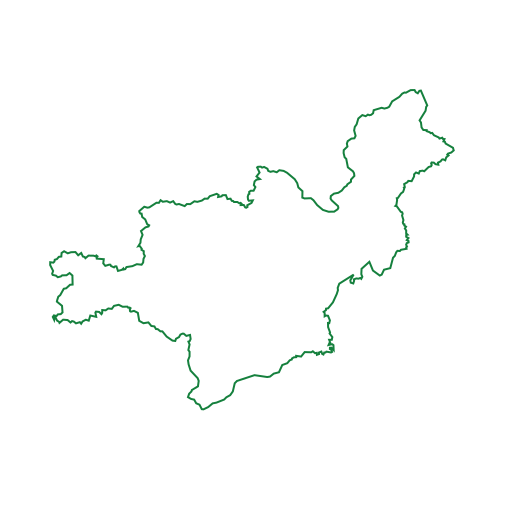 the district of Guiratinga, Mato Grosso, Brazil, rotated 353°
{"feature_id": "56859067B65545118773628", "entity_name": "Guiratinga", "entity_type": "district", "adm_level": 2, "iso_a3": "BRA", "parent_name": "Brazil", "parent_adm1": "Mato Grosso", "projection": "mercator", "projection_center": [-53.603, -16.377], "detail": "fine", "context": "isolated", "style": "outline", "palette": "green", "viewbox_px": 512, "rotation_deg": 353, "n_neighbors": 0, "source": "geoboundaries", "source_scale": "gbopen_adm2", "svg_char_len": 6092}
<svg xmlns="http://www.w3.org/2000/svg" viewBox="0 0 512 512"><g transform="rotate(353 256 256)"><path d="M318.7,353.0L319.3,351.9L318.4,348.1L321.0,348.4L321.9,345.8L319.6,341.9L320.2,340.9L318.9,335.4L319.3,331.3L320.5,331.6L321.5,328.9L320.2,324.1L318.2,323.6L316.8,324.2L317.2,320.9L316.3,319.7L318.8,318.3L319.1,316.8L321.2,316.7L326.7,311.4L331.5,303.6L333.2,299.9L333.2,297.6L335.3,293.6L350.6,286.4L346.6,291.7L346.8,294.0L349.2,295.1L350.4,292.5L350.3,291.1L352.8,290.5L355.0,291.0L356.9,290.5L357.7,291.5L359.0,289.6L358.3,286.9L359.2,281.6L367.8,275.6L370.3,284.7L376.5,290.5L378.5,289.8L381.4,285.2L387.8,284.4L391.8,274.4L393.8,272.8L395.6,269.4L397.0,268.1L399.4,268.6L400.6,267.5L406.3,267.2L406.1,265.7L407.0,265.1L406.4,263.1L407.2,261.6L409.1,261.1L409.2,259.7L407.6,258.6L409.5,256.8L407.4,255.2L407.7,253.4L409.0,253.3L407.8,251.8L408.2,249.0L407.1,246.8L408.5,245.2L406.9,243.8L407.2,242.7L406.0,241.9L405.8,240.6L406.7,238.3L405.9,233.6L406.7,232.0L406.4,230.4L405.1,229.8L401.8,223.8L400.5,223.3L401.6,222.3L402.9,217.6L402.8,215.8L403.9,215.7L407.5,211.6L409.8,210.3L411.4,207.1L411.1,206.2L412.1,205.7L411.8,202.7L415.3,201.2L416.3,200.0L419.6,200.7L422.6,196.3L422.9,194.2L425.0,192.6L427.6,194.0L428.9,191.7L431.8,191.6L433.3,192.4L438.2,188.7L440.7,188.3L441.5,187.1L441.1,185.4L441.7,184.6L443.9,185.0L445.3,186.7L448.1,187.6L448.0,185.5L450.7,184.6L452.3,183.0L453.4,182.8L455.5,184.1L456.8,181.3L459.3,179.7L458.2,178.7L459.0,177.8L462.4,177.1L465.1,175.3L464.7,172.6L457.9,167.5L457.4,165.6L456.0,165.1L457.3,162.9L455.7,162.5L455.3,161.3L452.4,161.8L451.8,160.6L447.3,157.8L445.9,155.3L444.3,155.4L443.5,154.3L440.6,152.9L440.8,151.9L437.4,151.3L436.0,148.6L436.0,143.6L434.9,141.3L442.0,132.5L443.1,128.7L444.3,127.4L439.8,111.9L438.3,112.0L436.4,114.2L434.5,112.8L433.6,110.6L429.7,110.2L424.7,112.2L423.3,111.8L420.9,112.7L417.7,115.5L410.0,119.1L406.4,124.1L404.5,124.9L401.4,125.3L398.8,124.2L390.6,125.6L389.6,128.6L387.5,129.9L385.7,130.1L384.3,129.3L381.9,130.6L378.7,129.1L374.3,132.0L371.9,137.6L369.8,139.9L368.7,143.3L369.5,148.9L368.0,151.2L365.0,151.1L361.0,153.2L359.9,155.5L360.1,158.5L356.0,161.6L355.5,164.5L356.0,168.8L357.4,170.6L358.0,179.2L362.6,183.8L363.4,185.8L363.4,188.5L359.6,191.7L359.3,193.9L355.4,196.0L354.6,197.4L352.1,198.5L349.1,201.5L345.4,203.3L341.0,203.6L337.6,205.6L337.0,208.1L337.9,210.0L343.5,216.5L343.6,218.3L342.7,219.6L339.0,221.5L333.4,220.9L328.0,218.4L322.9,212.9L319.8,207.6L317.5,205.3L311.2,204.8L309.1,203.7L310.0,197.3L306.4,193.1L305.8,188.7L303.8,184.5L297.0,177.2L293.8,174.9L289.6,173.7L286.8,175.4L283.5,173.9L280.6,174.2L278.5,173.0L278.0,170.8L274.9,168.6L272.8,169.0L271.6,167.9L268.8,167.7L267.9,168.2L269.7,173.6L266.2,177.1L269.2,180.1L265.8,180.3L263.7,181.8L262.5,185.4L263.8,187.5L261.6,190.9L258.7,190.6L257.0,191.6L257.0,193.5L256.0,193.9L255.0,196.2L255.0,199.0L255.6,200.3L259.6,200.4L258.0,202.8L253.5,204.6L253.5,206.3L252.1,206.9L251.2,206.4L250.1,203.9L247.3,203.6L248.1,202.5L247.2,201.4L246.1,201.8L244.0,200.1L240.7,199.7L240.1,198.7L238.7,198.3L237.7,196.0L234.6,196.0L233.5,191.9L230.1,191.6L229.1,192.6L225.6,192.8L226.3,190.9L224.6,189.5L217.4,191.0L215.1,193.2L212.0,192.8L209.0,194.4L204.4,195.1L201.5,194.2L197.1,196.5L193.7,196.0L191.3,197.8L185.9,195.0L183.4,195.2L182.2,194.5L180.5,191.5L177.2,192.5L174.2,190.7L170.1,190.8L168.1,189.0L166.1,191.4L163.7,191.0L156.1,194.7L154.1,194.8L151.1,193.5L145.6,197.2L145.7,198.5L146.4,199.8L147.6,200.0L147.8,203.4L150.5,206.2L151.9,211.2L153.7,212.5L152.9,213.6L149.8,214.1L144.9,217.2L146.0,221.2L143.6,225.5L142.9,228.8L140.4,231.9L141.7,231.7L143.5,234.9L143.1,235.9L145.2,237.5L144.8,240.1L145.7,242.5L144.0,245.1L143.2,248.7L141.4,250.7L136.7,249.6L132.1,251.0L126.1,251.2L124.6,253.1L122.8,253.3L122.7,252.3L121.1,253.4L117.2,254.0L116.2,249.3L114.9,249.1L113.7,250.0L110.9,248.3L110.4,246.9L109.2,246.7L105.2,247.4L103.5,244.7L104.5,240.6L97.6,239.2L97.6,238.0L98.6,237.0L97.6,236.0L96.8,236.8L94.8,235.9L89.8,235.2L86.4,237.4L85.8,236.1L84.1,235.4L82.9,231.7L79.6,233.6L77.3,230.1L72.9,229.7L69.5,230.4L66.1,227.9L63.4,229.3L62.7,232.8L60.2,232.8L58.0,234.8L55.8,235.2L55.2,237.0L54.0,237.9L51.0,237.1L50.6,239.9L52.8,246.1L51.5,248.8L51.9,250.0L55.0,251.1L56.7,252.9L59.8,252.5L61.2,251.6L65.6,252.0L68.9,250.2L71.4,253.0L70.5,262.0L67.9,261.9L63.7,264.9L61.2,265.1L56.9,271.0L54.8,272.3L53.2,275.8L52.8,277.0L57.4,281.8L57.1,288.4L55.1,289.9L52.2,289.8L50.7,291.3L48.2,290.3L46.9,291.7L47.9,294.8L48.7,292.2L49.6,292.9L50.7,295.9L52.6,297.4L52.8,298.4L56.8,295.7L61.2,296.6L63.8,299.4L65.5,298.2L67.2,298.9L69.1,300.9L73.1,300.2L74.2,301.9L75.9,299.8L79.3,298.5L82.1,299.8L84.3,294.9L90.0,296.9L89.7,292.6L90.4,291.7L93.5,292.4L95.5,294.9L96.4,293.8L96.8,290.9L100.1,291.6L103.0,290.1L106.4,290.9L109.0,288.2L113.8,287.7L117.4,290.1L122.2,290.6L122.9,291.8L124.3,291.8L125.1,292.5L124.2,293.9L124.3,295.5L125.1,296.0L128.2,295.6L131.8,298.0L132.2,306.1L136.1,309.0L141.1,308.8L143.6,312.7L146.6,313.5L147.8,316.3L149.5,316.6L151.9,319.1L153.9,319.4L157.5,325.1L162.8,329.8L165.5,330.5L166.5,328.4L169.7,327.1L171.4,324.8L173.6,324.1L174.8,324.3L177.1,326.8L180.9,326.3L181.0,330.4L179.8,332.4L178.5,332.7L179.3,335.7L177.4,341.1L178.4,342.9L177.8,347.6L175.8,351.3L175.9,355.3L177.1,361.8L183.2,370.1L183.9,373.0L182.5,378.3L176.0,381.2L175.4,382.6L172.9,384.5L171.3,387.8L174.2,390.0L177.1,391.0L178.7,394.9L181.8,396.7L183.5,401.4L185.2,401.8L190.2,400.1L195.0,397.0L198.9,396.7L206.9,394.6L209.4,392.6L213.4,391.0L216.5,387.6L219.4,379.7L221.9,377.7L240.0,374.1L252.4,377.5L255.2,377.4L259.3,374.9L264.6,374.2L268.8,367.4L274.0,366.2L276.8,363.6L278.9,363.1L279.2,362.1L281.2,361.2L283.6,361.3L283.7,360.0L288.5,361.3L292.6,357.3L299.1,358.3L300.8,357.5L302.7,359.6L304.4,359.5L304.4,361.5L306.6,361.0L306.6,359.5L309.2,358.8L309.8,361.3L310.9,362.0L312.0,360.1L313.2,360.3L314.2,359.5L318.7,360.9L319.8,360.5L319.2,358.0L318.0,357.3L318.2,356.1L319.7,356.2L321.6,358.8L322.0,353.9L321.0,352.9L318.7,353.0ZM318.7,353.0L317.2,353.2L317.9,352.0L318.7,353.0Z" fill="none" stroke="#15803d" stroke-width="2"/></g></svg>